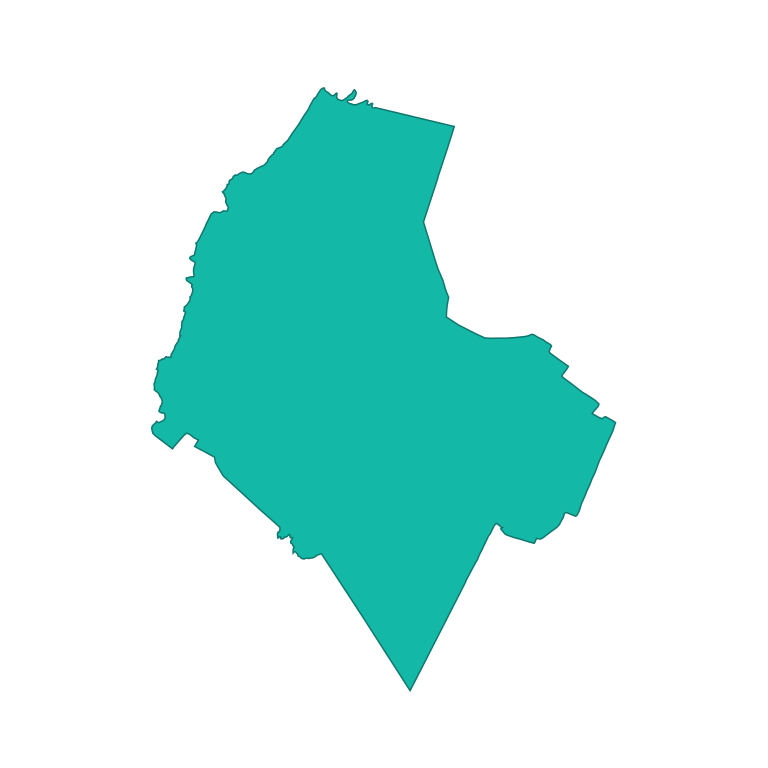 outline of Thma Koul, Batdâmbâng, Cambodia, rotated 297°
{"feature_id": "14789045B92416650165307", "entity_name": "Thma Koul", "entity_type": "district", "adm_level": 2, "iso_a3": "KHM", "parent_name": "Cambodia", "parent_adm1": "Batdâmbâng", "projection": "orthographic", "projection_center": [103.109, 13.249], "detail": "fine", "context": "isolated", "style": "filled", "palette": "teal", "viewbox_px": 768, "rotation_deg": 297, "n_neighbors": 0, "source": "geoboundaries", "source_scale": "gbopen_adm2", "svg_char_len": 6171}
<svg xmlns="http://www.w3.org/2000/svg" viewBox="0 0 768 768"><g transform="rotate(297 384 384)"><path d="M230.2,225.0L232.3,225.2L247.2,229.0L248.2,229.5L250.2,230.1L250.9,231.9L250.8,234.8L249.9,238.5L249.8,244.1L242.4,243.6L241.9,266.2L237.7,269.3L236.1,271.4L229.2,282.3L215.4,331.8L211.7,346.4L209.9,353.1L209.0,356.4L206.8,357.5L205.1,357.8L204.0,356.9L202.4,357.0L199.7,358.5L198.6,359.4L200.4,360.2L200.9,361.1L200.2,361.7L199.3,361.9L199.3,362.8L200.6,364.5L202.6,365.1L203.0,366.0L203.9,366.8L205.8,367.3L207.0,368.1L206.2,369.1L205.2,369.6L204.5,370.4L205.6,372.2L204.2,372.6L202.5,372.2L200.9,372.5L199.9,373.4L199.9,375.1L199.2,375.6L198.7,376.2L198.0,378.0L195.9,378.0L194.5,378.5L192.1,379.8L193.7,380.2L194.3,381.3L193.6,383.1L193.5,384.0L192.8,384.5L191.9,385.3L191.8,386.3L191.9,387.7L191.2,389.4L191.3,390.4L191.5,391.5L192.0,392.4L194.0,394.3L194.2,396.0L195.4,397.3L196.6,399.3L197.8,400.3L200.0,401.7L201.4,402.2L202.0,402.8L202.4,403.5L204.4,405.3L165.6,472.9L123.2,545.4L122.7,546.5L243.6,546.6L246.9,546.3L266.3,546.7L270.1,547.0L273.5,546.6L277.0,546.5L280.3,546.6L284.2,546.4L293.7,546.2L295.4,546.1L299.2,546.6L301.4,546.7L303.5,546.4L305.1,546.6L307.9,546.5L310.8,547.2L310.6,549.7L310.3,551.4L309.7,552.8L309.6,553.6L309.9,554.8L308.8,554.1L307.9,553.8L305.6,559.1L305.2,560.2L305.2,562.0L306.3,570.1L307.5,575.4L309.4,586.3L310.3,590.2L312.4,590.2L315.6,590.0L316.8,593.7L318.8,595.3L328.0,599.7L334.7,603.1L338.3,604.1L342.3,604.1L346.5,604.3L351.0,603.5L352.2,604.6L352.6,607.7L352.8,611.1L353.2,614.8L354.4,615.5L358.6,615.6L362.2,615.2L366.5,614.3L375.0,613.9L380.8,613.3L387.5,613.1L394.0,612.4L400.0,612.3L413.9,610.7L419.1,610.6L425.3,610.3L431.9,609.8L439.2,609.5L446.4,609.2L451.9,608.2L454.7,607.9L455.1,605.1L455.5,596.2L454.0,595.0L451.9,594.0L452.0,592.9L451.8,591.1L452.1,582.9L454.8,583.3L457.7,584.1L461.5,585.0L463.8,584.6L465.3,579.5L466.0,573.9L466.5,568.2L466.7,564.5L469.1,552.2L470.8,541.8L471.6,539.0L473.4,538.8L477.5,539.7L482.1,540.3L483.5,540.2L485.1,528.9L486.8,518.8L487.3,517.1L488.0,516.3L491.8,516.0L494.0,516.0L494.4,515.3L494.8,513.6L494.9,509.9L495.6,505.8L495.5,499.7L495.9,495.2L495.3,493.0L492.9,491.2L490.4,488.2L484.3,478.8L480.2,471.9L478.1,467.6L473.3,458.6L470.8,452.9L470.4,442.5L470.4,423.5L472.0,409.2L475.5,407.5L481.3,405.1L486.9,403.3L490.5,402.3L493.5,398.8L496.7,395.4L503.2,389.3L511.0,379.9L517.7,373.2L546.3,345.6L591.8,338.5L592.8,338.1L622.3,333.6L637.5,331.1L645.3,329.7L626.3,250.7L625.1,249.7L624.9,248.2L626.1,247.1L628.5,246.7L628.7,245.9L627.9,245.2L627.0,244.6L626.0,244.3L625.5,243.6L625.8,242.7L625.7,241.9L626.6,241.6L627.8,241.6L628.6,241.4L629.1,240.1L628.4,239.3L626.9,238.2L625.2,237.0L623.7,235.5L620.5,232.7L619.6,231.3L618.9,229.9L618.9,228.3L618.4,226.8L618.4,225.8L618.4,224.5L618.7,223.6L619.3,222.7L620.2,222.7L621.6,224.9L621.8,225.7L623.0,226.8L625.1,227.7L626.4,227.5L627.9,227.7L630.5,227.2L631.3,226.7L631.8,226.0L632.3,225.3L632.7,224.1L631.7,223.6L629.2,223.7L627.5,223.1L626.2,222.4L624.7,221.7L622.2,221.0L620.0,219.6L618.5,218.9L617.2,217.4L616.9,215.4L616.7,213.4L617.6,212.2L618.6,211.2L620.2,210.8L621.6,210.2L621.5,209.4L618.8,208.6L617.6,207.7L617.3,206.4L617.3,205.3L618.1,203.0L618.4,201.5L618.4,200.1L619.0,197.8L620.0,197.1L620.6,196.1L619.7,195.1L617.8,194.0L612.9,193.4L610.2,193.3L607.7,193.0L607.0,192.1L601.8,191.8L598.4,191.7L594.6,191.9L593.7,191.8L586.8,190.9L582.3,190.5L577.0,190.2L570.8,189.3L566.2,188.5L557.7,187.7L551.7,185.6L550.4,185.8L548.3,184.8L547.3,183.7L546.0,182.6L545.1,181.7L544.0,181.4L543.0,181.5L542.2,181.1L541.3,181.2L540.4,180.8L539.7,180.8L538.9,181.2L537.3,180.3L536.1,180.0L534.8,179.5L531.5,178.9L528.6,179.2L527.2,178.6L525.8,178.3L524.9,178.0L523.1,176.7L521.1,175.0L519.5,174.0L518.7,173.1L517.2,172.5L516.2,171.7L515.1,171.4L514.0,171.3L512.6,171.0L511.3,170.5L510.6,169.5L509.6,167.8L509.3,166.2L509.3,164.3L509.0,162.6L508.1,161.2L507.0,160.6L505.8,159.5L504.5,159.0L503.4,158.4L503.0,157.5L502.8,156.6L501.7,156.2L500.8,155.5L498.3,155.7L496.8,155.1L495.8,154.1L494.6,154.0L493.5,154.3L492.4,155.0L491.5,155.0L491.2,154.3L490.6,153.7L489.1,154.3L485.8,154.4L484.4,153.7L483.2,153.6L481.9,152.8L481.3,153.5L481.4,154.5L479.8,156.2L478.4,158.0L477.9,159.0L476.0,159.6L474.0,160.5L473.3,161.5L472.1,162.9L471.5,164.1L470.8,164.9L469.7,165.3L467.9,165.5L466.7,165.7L466.1,164.6L465.5,162.4L463.2,161.0L461.9,159.8L461.2,156.8L460.2,154.3L459.1,153.9L458.4,153.4L456.7,152.8L449.2,153.0L446.3,152.9L443.9,153.2L436.4,153.4L430.2,153.5L426.1,153.3L425.0,153.1L424.1,152.4L423.0,153.7L421.7,154.3L414.0,156.2L412.5,156.4L410.5,154.6L409.0,153.6L407.7,153.9L406.9,156.1L406.7,160.4L405.6,160.9L403.3,161.5L400.7,161.9L398.6,162.8L395.8,164.4L394.0,165.9L393.0,165.3L391.2,162.5L389.7,161.1L388.9,159.8L387.6,160.1L386.6,161.4L386.2,164.8L385.9,165.8L385.8,167.1L385.3,168.2L384.4,168.0L383.7,168.2L382.9,168.9L382.3,170.1L379.6,171.5L377.5,171.8L375.2,172.2L373.6,171.6L372.6,172.0L372.0,172.7L369.5,173.1L365.2,172.5L363.2,171.8L361.9,171.1L360.2,172.0L358.6,172.2L357.9,172.9L358.1,174.2L357.3,174.7L356.0,174.9L354.9,175.2L352.9,175.3L350.4,176.0L349.1,176.0L347.9,175.6L345.8,176.6L343.7,177.3L342.4,178.3L340.8,178.3L339.1,178.4L337.1,178.9L334.7,180.0L334.7,181.0L333.5,180.6L331.3,181.0L330.2,180.6L328.7,181.4L327.2,181.0L325.1,180.8L322.7,180.7L320.3,181.3L315.0,181.1L314.1,180.9L313.2,181.1L311.0,182.0L309.7,179.1L309.4,177.6L308.7,177.1L307.7,176.8L306.2,176.4L305.7,175.0L304.6,174.6L303.2,173.6L302.6,172.5L300.4,173.4L299.1,173.4L297.5,174.3L294.7,174.6L293.9,174.5L293.8,176.5L292.6,176.8L291.4,176.8L290.6,177.3L288.0,177.9L284.3,178.1L283.0,178.7L280.5,179.1L279.7,179.0L278.0,180.3L277.0,180.8L276.0,181.6L274.8,181.7L274.1,183.6L273.9,184.5L273.9,185.3L273.6,186.8L273.0,187.6L272.3,189.2L271.6,189.4L269.9,192.4L268.3,193.9L267.3,194.6L264.3,195.3L262.9,194.9L260.5,195.4L259.5,195.4L257.6,195.8L257.4,196.7L257.1,197.6L257.5,199.8L258.3,200.7L257.7,202.3L255.2,204.1L253.7,204.4L252.6,204.4L250.4,203.4L249.2,202.3L247.4,201.1L247.4,198.2L246.2,198.3L241.6,196.6L239.4,197.0L236.8,198.9L235.1,200.5L234.1,203.6L230.2,225.0Z" fill="#14b8a6" stroke="#0f766e" stroke-width="1.5"/></g></svg>